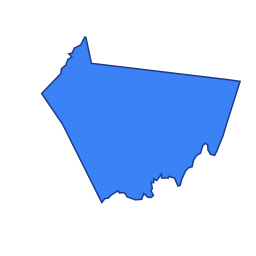 outline of Polk, Texas, United States of America, rotated 288°
{"feature_id": "52423323B71522839301040", "entity_name": "Polk", "entity_type": "district", "adm_level": 2, "iso_a3": "USA", "parent_name": "United States of America", "parent_adm1": "Texas", "projection": "robinson", "projection_center": [-94.922, 30.818], "detail": "fine", "context": "isolated", "style": "filled", "palette": "blue", "viewbox_px": 256, "rotation_deg": 288, "n_neighbors": 0, "source": "geoboundaries", "source_scale": "gbopen_adm2", "svg_char_len": 848}
<svg xmlns="http://www.w3.org/2000/svg" viewBox="0 0 256 256"><g transform="rotate(288 128 128)"><path d="M49.0,126.1L53.7,127.8L55.2,130.9L59.3,132.9L65.4,138.2L63.5,139.7L65.4,144.5L62.2,148.8L62.0,157.3L64.4,163.0L70.6,163.3L68.3,168.1L69.0,171.3L71.7,173.1L75.6,169.1L77.8,169.9L83.7,166.8L83.9,169.3L87.5,168.1L86.9,171.5L94.5,174.0L90.8,175.4L92.9,181.8L94.6,181.6L94.7,187.7L88.2,193.5L89.6,195.3L95.9,195.0L104.9,196.0L108.6,197.6L111.0,200.9L118.1,200.3L123.1,201.8L126.5,204.7L134.2,204.6L137.3,206.1L136.5,209.0L131.9,210.8L128.4,214.6L128.7,218.8L132.6,219.5L149.9,220.8L160.5,220.5L207.0,220.2L205.2,210.0L178.2,73.2L201.1,60.0L201.2,58.8L192.3,57.3L187.4,52.3L181.8,51.7L180.4,48.7L178.2,52.6L174.6,49.6L168.6,49.4L163.8,46.4L159.0,47.3L134.1,35.2L111.2,64.8L49.0,126.1Z" fill="#3b82f6" stroke="#1e3a8a" stroke-width="1.5"/></g></svg>